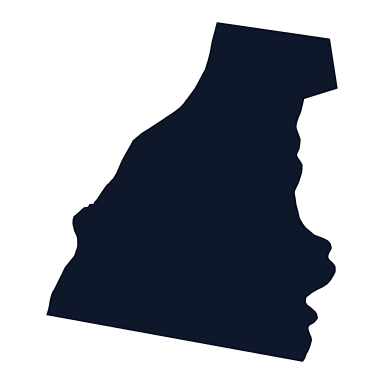 Parc Estate, Choiseul, Saint Lucia
{"feature_id": "8701671B86679693622237", "entity_name": "Parc Estate", "entity_type": "district", "adm_level": 2, "iso_a3": "LCA", "parent_name": "Saint Lucia", "parent_adm1": "Choiseul", "projection": "orthographic", "projection_center": [-61.017, 13.797], "detail": "fine", "context": "isolated", "style": "filled", "palette": "ink", "viewbox_px": 384, "rotation_deg": 0, "n_neighbors": 0, "source": "geoboundaries", "source_scale": "gbopen_adm2", "svg_char_len": 4025}
<svg xmlns="http://www.w3.org/2000/svg" viewBox="0 0 384 384"><path d="M47.2,314.5L302.5,361.0L304.5,358.1L305.0,356.6L305.9,354.1L307.8,350.6L309.1,347.6L310.2,344.3L311.2,340.1L310.9,337.6L310.1,335.9L309.5,334.5L308.4,331.4L307.9,330.0L307.7,327.5L308.7,325.2L312.0,323.3L314.1,322.0L317.2,318.1L316.4,314.1L314.6,311.5L313.0,310.2L311.5,308.9L310.2,307.6L307.8,306.0L307.0,305.4L305.7,303.5L305.1,301.9L305.3,299.0L306.0,296.7L308.6,294.8L311.4,292.5L317.3,289.1L322.7,286.5L327.1,283.5L330.3,279.9L333.1,275.3L334.8,271.9L335.0,270.0L334.8,266.7L333.2,264.1L331.5,262.4L330.2,261.3L328.5,259.5L327.6,257.6L327.7,255.2L328.4,253.1L329.7,250.8L330.9,248.6L330.9,246.6L329.6,243.1L328.5,241.9L327.3,240.9L323.6,238.9L314.1,235.3L309.8,231.7L305.3,227.9L302.2,223.8L301.1,221.7L300.0,220.2L298.7,216.8L298.3,214.6L296.8,208.4L295.8,204.9L294.8,197.7L294.0,193.3L294.3,190.7L295.3,188.6L297.2,184.5L298.1,182.8L299.0,180.2L299.9,177.4L300.8,174.4L301.4,172.0L301.7,169.6L301.8,168.0L301.7,164.6L299.3,160.6L297.6,158.3L296.4,155.7L296.3,155.0L296.9,152.6L298.2,150.2L298.9,148.2L299.7,142.8L299.9,139.6L298.6,135.6L298.5,135.3L296.2,129.4L295.7,126.4L296.2,123.3L296.9,120.8L298.1,117.2L299.9,113.1L300.9,110.0L301.5,107.2L302.1,105.0L302.7,102.2L303.2,100.0L303.5,98.4L336.8,88.0L336.6,86.5L329.4,39.9L329.3,39.3L217.3,23.0L217.1,23.9L216.6,25.9L216.0,28.0L215.7,29.4L215.3,30.7L214.1,35.3L213.6,37.1L213.2,38.6L212.8,40.2L212.5,41.4L212.3,42.4L212.2,43.0L210.5,52.4L210.3,53.0L210.1,54.0L208.2,61.4L208.0,61.7L207.8,62.4L207.2,64.3L206.7,66.0L206.3,67.3L205.6,69.5L204.8,71.0L204.0,72.5L203.4,73.6L202.5,75.2L201.8,76.6L200.9,78.3L200.2,79.6L199.6,80.7L198.7,82.5L197.8,84.1L196.5,86.5L195.6,88.2L192.7,92.2L192.4,92.6L191.8,93.5L190.7,94.8L189.5,96.6L188.4,98.0L187.4,99.4L186.1,101.0L184.7,103.0L184.4,103.4L183.8,104.2L182.4,105.6L181.3,106.8L180.2,107.9L179.0,108.8L177.2,110.3L175.3,111.8L166.8,117.4L164.4,119.1L162.8,120.2L160.5,121.7L158.2,123.2L157.1,123.9L154.4,125.7L146.2,131.0L144.9,131.8L143.7,132.5L142.1,133.5L141.2,134.2L139.4,135.8L137.8,137.1L133.2,141.0L132.9,141.7L132.3,142.8L131.8,143.9L131.0,145.4L129.5,148.0L128.8,149.2L128.3,150.1L127.4,151.6L126.5,153.2L125.9,154.4L123.9,157.9L122.0,161.5L118.0,170.9L117.1,173.1L116.7,173.7L116.1,174.7L115.7,175.3L115.1,176.4L114.5,177.2L114.3,177.9L114.2,178.2L113.7,178.7L112.9,179.5L111.9,180.4L111.5,181.0L110.9,181.6L110.4,182.2L109.5,183.3L108.9,184.0L107.9,184.7L107.2,185.2L106.9,185.7L106.4,186.4L105.8,187.2L105.6,187.4L105.4,187.7L105.1,188.1L104.5,188.9L103.7,190.2L103.0,191.2L102.7,191.6L99.0,197.1L98.6,197.7L97.9,198.8L97.2,199.8L96.9,200.2L95.9,201.3L95.5,201.6L95.1,202.2L94.7,203.1L94.6,203.4L94.3,203.9L93.8,204.4L93.4,204.6L92.7,204.6L91.0,204.6L90.6,204.6L90.3,204.8L89.9,204.9L89.3,206.0L88.6,207.0L88.3,207.2L87.5,207.6L87.2,207.7L86.9,207.8L86.0,207.8L85.7,207.8L84.6,207.9L83.8,208.3L83.3,208.8L82.2,209.7L81.3,210.6L80.6,211.3L79.3,212.5L79.1,212.7L78.3,213.4L77.4,214.1L77.1,214.5L76.8,214.7L74.9,216.3L74.7,216.5L74.4,216.7L74.1,217.0L74.0,217.4L73.7,218.5L73.5,219.1L73.5,219.5L73.3,220.8L73.2,222.8L73.2,223.8L73.6,225.8L74.1,227.2L74.2,227.9L74.4,229.0L74.8,230.8L75.1,231.5L75.4,232.0L75.7,232.6L76.6,234.6L77.1,235.6L77.4,236.7L77.5,237.3L77.9,238.8L77.9,240.2L77.9,240.8L78.0,243.3L78.0,244.2L78.0,245.2L77.9,246.5L77.6,247.8L77.3,248.8L76.9,249.9L76.5,250.8L75.5,254.0L75.2,255.0L74.6,256.2L73.8,257.3L72.8,258.5L71.6,260.0L71.3,260.4L70.5,261.3L70.2,261.7L69.9,262.1L68.7,263.6L67.4,265.2L66.4,266.4L66.1,266.7L65.6,267.6L65.4,267.8L65.0,268.5L64.8,268.9L64.2,270.1L63.4,271.9L62.8,273.4L62.1,274.8L61.2,276.3L58.5,281.9L58.3,282.3L58.0,282.8L56.9,285.1L55.9,287.1L55.3,288.4L54.3,290.1L54.0,290.6L53.3,291.6L52.9,292.5L52.7,292.8L52.4,293.6L52.2,294.0L52.1,294.3L51.7,295.5L51.2,297.5L50.7,299.6L50.2,301.8L50.0,303.1L49.8,304.7L49.6,305.9L49.4,306.9L49.2,307.6L49.1,308.0L48.8,309.7L48.5,310.5L48.4,310.9L48.2,311.5L48.0,312.2L47.7,313.3L47.4,314.0L47.2,314.5Z" fill="#0f172a" stroke="#020617" stroke-width="1.5"/></svg>